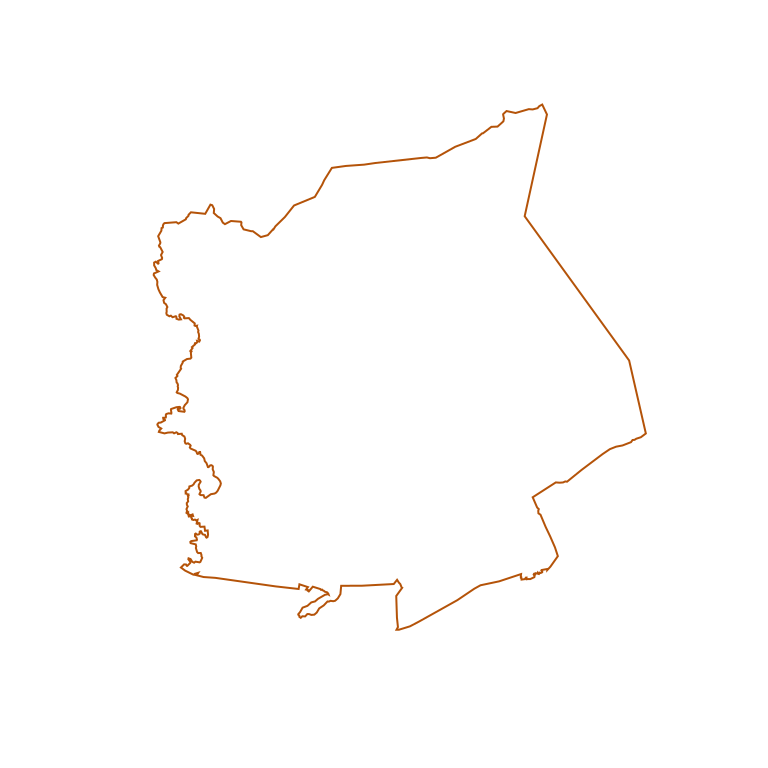 Indras pag., Kraslavas, Latvia (Albers equal-area conic projection), rotated 335°
{"feature_id": "27541924B79959881652965", "entity_name": "Indras pag.", "entity_type": "district", "adm_level": 2, "iso_a3": "LVA", "parent_name": "Latvia", "parent_adm1": "Kraslavas", "projection": "albers", "projection_center": [27.484, 55.869], "detail": "fine", "context": "isolated", "style": "outline", "palette": "amber", "viewbox_px": 768, "rotation_deg": 335, "n_neighbors": 0, "source": "geoboundaries", "source_scale": "gbopen_adm2", "svg_char_len": 6166}
<svg xmlns="http://www.w3.org/2000/svg" viewBox="0 0 768 768"><g transform="rotate(335 384 384)"><path d="M122.4,464.5L124.9,469.1L130.6,476.2L131.9,477.0L132.3,476.1L135.9,476.6L133.4,478.2L138.9,482.7L149.2,488.4L200.2,521.6L220.0,533.7L222.7,529.8L229.2,535.9L226.5,537.4L228.7,539.2L227.8,539.5L228.2,540.2L233.8,537.6L239.7,543.0L239.8,543.8L241.0,544.3L240.9,544.7L242.1,546.0L242.5,547.1L244.5,548.9L244.9,550.5L244.8,551.4L244.4,550.8L241.4,550.1L233.4,550.8L229.6,551.9L225.8,551.2L220.9,552.7L215.7,552.3L211.6,555.2L209.0,556.4L208.8,556.9L209.4,558.2L208.9,559.2L209.7,560.7L211.8,560.0L214.3,561.3L217.3,560.1L218.9,560.9L220.6,562.6L223.4,563.6L226.5,562.7L230.4,560.0L235.8,559.2L240.9,557.2L242.1,557.9L243.9,557.9L246.2,559.4L248.1,559.8L251.5,558.8L255.7,556.0L259.9,548.8L279.0,557.6L308.3,569.4L313.1,567.0L313.5,570.2L314.2,572.2L314.0,576.0L314.3,576.4L305.5,581.3L297.0,601.2L293.9,610.2L291.5,612.0L293.6,613.0L305.1,614.6L315.5,614.1L359.1,610.9L379.3,607.7L386.4,607.2L404.9,611.5L427.9,614.2L426.7,616.1L426.8,616.8L426.3,617.0L426.1,617.5L426.5,618.1L426.0,619.4L429.0,620.3L430.4,619.7L430.5,620.7L431.2,620.3L431.0,621.2L434.1,622.6L438.6,622.6L439.4,621.6L439.1,620.0L439.7,619.5L440.7,620.3L441.3,619.5L442.7,620.5L443.6,619.9L443.7,621.4L444.1,621.7L445.3,620.8L446.0,621.5L447.8,621.5L448.1,621.1L447.8,619.5L448.2,619.2L453.9,620.7L453.4,621.6L457.6,619.9L468.8,613.5L469.9,604.4L470.2,592.4L470.1,581.8L470.6,568.6L469.3,566.5L470.2,564.1L471.4,562.8L470.6,560.7L470.9,549.5L498.1,545.8L501.5,547.7L504.7,548.9L507.1,548.9L508.6,549.9L526.6,545.4L552.5,539.9L561.2,538.5L567.9,538.9L574.2,540.5L583.3,541.1L585.6,539.8L587.5,540.5L589.5,540.2L594.3,540.8L600.4,539.5L616.1,466.3L582.4,291.4L645.6,208.6L645.5,197.6L642.2,197.8L639.7,198.9L634.8,198.0L631.4,196.1L617.8,194.0L610.4,188.4L606.2,189.7L605.8,190.2L604.9,194.1L603.2,196.4L595.7,198.7L590.0,196.3L579.7,198.6L578.8,198.3L570.7,200.7L548.8,199.1L526.6,200.8L521.1,198.8L518.6,196.8L513.1,194.8L469.4,180.0L458.7,176.8L441.7,170.3L428.1,166.1L416.0,174.0L412.1,177.3L400.4,185.2L377.9,184.2L364.7,190.8L352.2,195.2L349.1,197.2L348.9,196.9L341.6,200.0L334.5,198.8L329.7,190.1L328.2,189.4L322.1,184.5L321.7,179.7L323.1,177.3L322.9,176.5L314.2,171.6L307.4,171.9L306.1,169.6L305.9,164.6L304.0,161.9L302.0,157.1L304.0,153.6L303.9,149.4L302.5,148.1L293.9,154.2L281.6,146.8L278.4,148.0L277.9,148.9L274.7,150.1L274.0,151.0L265.4,151.7L264.2,149.6L253.0,145.4L251.6,146.0L250.7,146.8L249.7,148.7L248.3,148.7L247.0,151.0L241.8,154.6L241.2,161.1L240.6,162.0L238.5,163.5L238.4,164.7L239.0,165.4L239.2,170.8L236.4,172.9L236.2,176.0L235.4,177.0L231.3,177.0L230.6,179.4L230.1,179.5L228.9,176.7L227.0,176.8L225.8,179.4L226.1,182.6L225.8,184.5L227.3,186.7L222.2,186.6L221.3,187.9L221.6,190.8L222.2,193.3L221.8,195.6L220.3,198.3L219.6,202.9L219.6,206.4L220.1,211.7L222.2,213.4L219.6,214.8L219.0,217.5L220.1,219.6L220.2,222.7L218.8,223.8L217.5,226.8L216.7,227.7L216.4,229.4L218.1,231.9L219.7,232.0L220.6,234.1L224.0,234.6L224.2,235.5L223.5,237.2L225.2,238.9L227.3,239.6L227.1,236.2L228.0,234.7L228.7,234.7L229.5,235.0L231.1,237.1L231.4,238.6L230.6,239.5L231.0,240.2L235.0,241.8L235.7,244.2L238.1,249.1L237.0,250.9L237.6,251.7L239.1,252.1L238.7,252.5L238.4,257.2L237.5,258.3L237.4,260.3L236.4,263.0L234.9,264.7L235.7,265.8L235.7,266.5L234.5,267.5L232.8,266.0L232.6,267.0L231.4,267.6L230.0,267.1L229.6,267.5L229.6,268.2L225.5,269.4L225.7,270.5L222.5,272.2L223.3,273.1L222.2,273.9L220.5,278.7L219.3,279.2L216.0,278.1L211.1,278.6L210.7,279.5L207.5,281.8L206.5,283.5L206.6,284.4L200.1,288.2L200.2,289.4L199.9,289.6L197.5,290.4L197.5,292.6L196.7,295.0L197.1,296.2L196.8,298.0L196.0,299.0L195.8,300.4L194.7,302.3L192.6,303.9L192.9,304.8L194.9,306.4L198.7,311.4L199.8,313.6L199.9,315.0L198.1,317.5L194.6,318.9L192.1,320.8L191.8,321.6L192.2,323.1L191.9,324.4L191.3,324.8L186.4,321.7L186.3,319.9L186.5,319.6L188.5,320.2L189.4,319.8L189.4,318.7L189.0,318.3L186.0,317.3L180.5,316.7L180.0,317.3L179.1,320.4L178.7,320.9L176.3,319.5L174.0,319.2L173.2,319.8L172.4,321.8L171.9,322.2L169.6,321.3L169.2,322.4L170.3,324.1L170.2,324.3L165.4,324.6L163.4,323.9L161.8,324.6L161.4,325.1L161.5,327.6L163.3,330.2L160.7,331.3L159.7,332.3L164.2,336.0L167.6,336.7L172.1,338.5L172.9,340.0L175.4,340.0L176.2,341.1L176.1,342.3L179.7,343.6L179.5,345.1L180.9,347.2L180.8,348.3L180.6,349.7L179.2,351.6L178.9,353.8L179.5,354.6L181.3,354.9L182.6,357.2L182.7,358.2L181.2,359.4L181.4,360.7L185.1,364.9L185.4,366.1L185.2,368.1L185.5,368.6L186.2,368.7L187.9,367.6L188.6,367.9L187.8,370.6L188.9,372.0L189.6,375.4L189.0,378.1L189.7,380.8L189.3,384.9L189.9,385.2L192.2,384.3L193.3,384.7L194.0,385.8L194.0,386.6L192.7,388.9L192.6,391.8L190.8,394.6L191.1,395.6L193.3,398.6L193.8,400.1L194.4,402.9L194.1,405.2L192.9,406.7L188.1,410.5L186.0,411.5L184.2,411.7L180.5,410.7L174.4,411.9L173.3,411.1L173.5,408.5L170.7,407.1L170.2,405.8L172.4,404.0L172.7,402.9L172.3,401.1L172.7,398.6L173.6,397.0L176.5,395.1L176.5,393.9L176.0,392.9L173.5,392.2L170.5,393.4L169.0,394.5L167.2,395.0L164.3,394.6L163.5,396.0L161.7,396.9L158.9,397.2L158.0,399.4L158.8,399.6L159.1,401.4L160.1,401.5L159.8,402.6L158.8,403.2L158.6,404.3L157.5,405.4L156.9,407.6L154.9,408.6L154.3,410.2L154.4,412.0L152.1,413.9L151.9,415.8L150.5,417.3L150.9,418.0L152.2,417.7L151.5,419.2L152.4,420.2L151.3,420.5L151.1,421.6L152.1,421.9L152.8,421.2L155.4,421.3L155.2,422.8L154.4,422.2L152.8,423.8L153.1,424.8L152.7,425.6L153.8,426.7L155.4,427.0L156.0,428.2L157.6,428.3L155.2,431.3L155.9,432.0L157.5,431.7L158.0,432.3L157.0,434.6L157.3,435.9L161.0,437.4L159.8,441.4L162.3,442.2L160.8,446.3L159.4,448.1L158.3,448.3L158.0,447.8L158.0,445.1L156.3,443.8L156.0,443.1L155.9,440.1L155.3,439.8L154.4,440.1L153.8,441.7L152.5,442.0L150.8,441.5L150.2,440.0L149.4,440.1L148.3,442.2L149.1,443.9L148.7,446.0L148.2,446.5L142.9,444.9L141.7,445.3L141.5,446.5L145.6,449.8L145.2,451.8L144.2,453.1L143.6,457.3L144.1,458.7L146.5,459.7L146.3,461.9L145.7,463.0L145.8,464.7L142.4,467.6L141.5,467.7L138.0,465.3L136.4,465.7L135.1,464.1L134.7,460.9L133.2,459.4L132.6,460.1L133.3,463.5L132.7,464.3L128.9,465.7L128.4,465.4L128.3,463.9L126.6,463.0L122.4,464.5Z" fill="none" stroke="#b45309" stroke-width="2"/></g></svg>